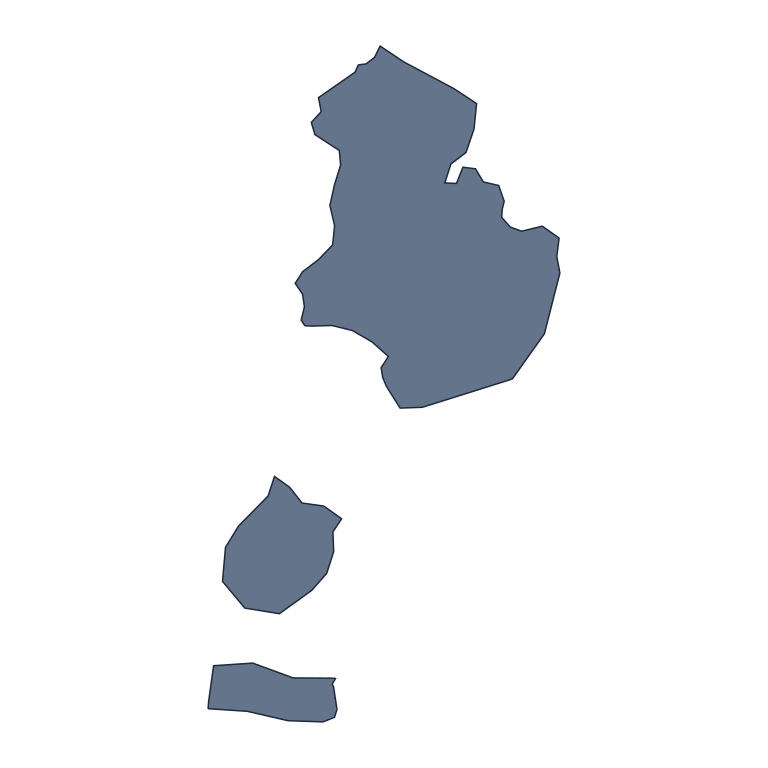 map outline of Comrat (Robinson projection)
{"feature_id": "MDA-1626", "entity_name": "Comrat", "entity_type": "Autonomous Territory", "adm_level": 1, "iso_a3": "MDA", "parent_name": "Moldova", "parent_adm1": "", "projection": "robinson", "projection_center": [28.549, 46.002], "detail": "fine", "context": "isolated", "style": "filled", "palette": "slate", "viewbox_px": 768, "rotation_deg": 0, "n_neighbors": 0, "source": "natural_earth", "source_scale": "10m", "svg_char_len": 1217}
<svg xmlns="http://www.w3.org/2000/svg" viewBox="0 0 768 768"><path d="M380.1,46.1L404.3,62.2L453.7,88.5L476.6,103.6L474.0,129.1L466.0,152.5L450.9,164.0L444.8,183.0L456.5,183.4L462.9,167.2L475.5,168.8L483.3,181.9L498.7,185.5L504.2,201.3L502.3,209.0L501.7,217.4L510.2,227.0L521.5,231.2L542.3,226.2L559.1,238.1L556.8,256.5L559.9,273.0L544.4,333.8L512.3,379.0L422.3,407.3L400.1,408.1L386.3,386.2L382.7,377.4L381.1,367.7L388.4,356.5L372.3,342.1L352.3,330.5L331.9,325.5L311.0,326.1L304.8,325.7L301.2,320.1L304.4,306.8L302.5,294.1L295.2,283.3L302.7,271.6L318.5,259.6L332.6,245.0L334.6,225.7L329.9,205.4L334.5,184.7L340.6,165.1L339.3,150.5L314.9,134.6L311.3,122.4L321.2,111.7L318.5,97.6L355.0,72.2L358.4,64.9L366.1,63.9L374.6,57.3L380.1,46.1ZM279.4,613.7L244.8,608.1L222.5,581.4L225.5,547.3L238.5,526.1L268.1,496.0L274.5,476.4L289.7,487.3L302.0,503.0L323.9,506.1L341.6,518.8L332.9,531.9L333.7,551.6L326.7,573.4L311.7,590.4L279.4,613.7ZM335.5,678.6L332.5,683.6L332.4,685.1L333.5,686.4L337.0,709.4L334.5,717.3L323.0,721.9L288.0,720.7L247.1,711.3L208.1,708.7L208.1,708.8L208.1,708.6L208.6,701.5L213.6,665.7L252.7,663.1L293.0,677.9L334.1,678.2L335.2,678.5L335.5,678.6Z" fill="#64748b" stroke="#1e293b" stroke-width="1.5"/></svg>